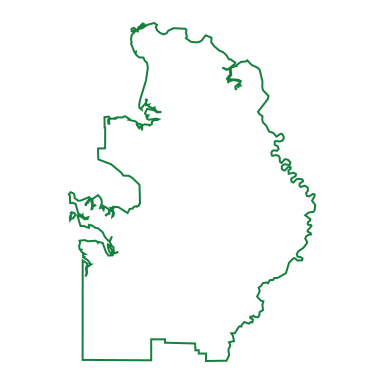 the district of Litchfield, Northern Territory, Australia
{"feature_id": "25037944B87513158470011", "entity_name": "Litchfield", "entity_type": "district", "adm_level": 2, "iso_a3": "AUS", "parent_name": "Australia", "parent_adm1": "Northern Territory", "projection": "mercator", "projection_center": [131.088, -12.502], "detail": "fine", "context": "isolated", "style": "outline", "palette": "green", "viewbox_px": 384, "rotation_deg": 0, "n_neighbors": 0, "source": "geoboundaries", "source_scale": "gbopen_adm2", "svg_char_len": 5930}
<svg xmlns="http://www.w3.org/2000/svg" viewBox="0 0 384 384"><path d="M226.6,360.7L229.1,355.1L228.4,349.8L230.3,345.3L229.0,342.3L234.0,341.1L232.9,335.7L231.3,333.3L234.8,333.2L238.6,327.2L239.4,326.4L241.4,326.5L241.5,325.2L244.3,322.0L249.0,323.7L250.7,322.1L252.4,322.4L252.9,319.5L250.2,318.0L250.3,316.7L252.3,316.8L253.4,315.7L255.3,317.0L258.0,317.3L259.3,315.5L259.6,312.1L263.0,310.0L262.4,304.7L263.4,301.3L260.9,300.7L257.1,296.6L259.7,291.3L258.7,287.5L260.9,286.1L263.0,283.1L266.4,282.5L267.9,283.3L269.9,280.1L273.0,280.0L274.1,278.1L277.7,277.9L285.9,273.2L289.0,262.9L293.1,258.5L294.5,258.1L297.5,260.5L302.2,260.3L302.5,258.3L300.3,257.0L297.6,256.7L296.7,254.1L298.5,251.2L303.3,247.9L306.7,243.6L307.1,241.9L305.2,238.5L306.0,236.6L307.8,235.1L310.9,234.4L310.6,233.1L307.7,231.6L307.6,230.5L311.5,225.9L310.7,224.9L308.3,224.9L307.7,223.9L308.0,222.2L309.9,220.7L310.4,219.2L305.2,215.3L308.7,212.5L313.6,211.8L314.7,209.8L315.2,205.0L312.0,200.7L314.5,196.4L314.6,194.5L313.2,193.9L308.9,196.4L307.0,196.0L306.0,193.0L308.0,190.6L307.7,187.5L304.7,185.7L300.5,187.0L299.5,185.6L299.6,183.6L303.0,181.3L303.1,180.5L301.7,179.1L297.8,178.9L296.1,179.6L293.5,182.5L291.8,182.0L291.1,179.4L291.6,178.2L295.4,176.3L296.1,174.2L293.6,172.7L288.7,173.8L288.4,170.7L290.6,168.8L290.6,167.2L287.7,167.3L285.2,170.3L283.6,170.4L281.8,168.9L281.8,166.3L283.6,164.7L285.4,164.2L289.4,165.3L289.8,164.7L290.3,162.4L288.5,160.2L285.8,159.1L284.5,159.5L281.6,163.0L279.9,161.8L279.7,157.7L278.7,155.9L276.2,155.1L272.2,155.8L271.7,155.2L271.4,152.8L272.2,151.1L274.0,150.3L276.9,150.8L278.6,149.0L277.8,146.4L274.8,144.8L274.7,141.7L275.6,141.0L279.7,141.5L282.1,140.8L283.8,138.4L283.7,136.8L282.1,134.0L280.5,133.8L276.5,136.6L273.3,133.0L269.1,131.5L266.1,125.5L262.8,122.3L262.2,119.2L262.5,116.2L259.4,114.0L258.0,111.8L267.8,99.1L268.5,95.9L263.3,90.6L262.3,87.9L262.4,81.4L260.5,73.3L259.8,70.2L258.0,67.9L251.7,65.0L247.3,60.4L246.2,61.4L241.0,61.9L236.7,65.0L236.8,65.9L231.8,67.4L230.7,69.4L231.3,75.0L228.0,79.1L238.4,79.8L240.8,81.1L239.5,84.0L240.6,85.4L238.7,85.4L238.3,88.1L238.5,84.3L235.7,86.5L235.5,88.0L236.7,89.9L235.4,88.6L235.3,86.6L240.0,82.5L239.9,81.3L233.3,80.1L229.0,81.3L227.9,83.0L228.4,81.3L226.9,78.7L230.2,74.4L229.7,68.5L226.8,69.9L222.2,67.6L227.6,69.5L234.5,64.2L235.3,62.7L230.5,59.3L228.9,59.3L226.4,55.2L223.2,52.2L219.6,50.8L214.2,46.2L211.2,42.2L211.5,37.7L205.7,35.3L201.5,40.7L199.6,41.7L196.6,42.4L191.0,41.8L185.9,38.2L186.9,36.5L185.9,32.6L186.5,30.0L185.4,28.8L173.6,28.2L168.4,30.6L166.5,33.4L163.4,34.4L160.0,32.9L157.2,30.4L155.8,27.2L157.0,24.9L154.2,23.0L147.5,24.8L142.6,28.0L138.2,29.3L137.6,32.3L137.2,30.1L135.6,30.9L131.6,35.2L131.0,39.5L131.7,42.4L131.0,43.4L134.5,52.3L136.0,51.7L135.6,54.2L138.9,57.3L143.4,57.6L144.8,60.8L146.8,62.5L147.4,64.7L147.8,68.0L146.0,80.5L140.3,99.1L139.2,104.6L139.4,107.8L141.6,109.5L141.3,108.3L145.8,103.0L146.6,100.1L145.1,99.5L146.5,99.5L147.0,99.9L146.2,101.8L146.3,105.2L149.0,104.6L148.1,105.8L148.7,106.6L153.0,108.3L154.6,107.5L154.9,109.4L157.1,111.7L161.4,112.0L157.1,112.4L153.9,110.2L147.1,108.9L144.9,113.4L146.7,115.5L148.4,115.3L147.8,116.6L146.5,116.8L147.1,118.7L148.9,119.8L155.8,118.6L158.7,119.3L157.4,120.0L154.1,120.0L151.9,121.8L151.9,124.0L149.5,125.5L148.9,124.8L144.7,124.4L142.8,125.1L137.5,123.3L137.0,124.6L139.5,128.0L141.0,125.6L142.3,126.0L142.1,130.5L141.7,125.9L139.2,128.3L136.7,124.7L136.8,122.5L135.6,121.4L128.7,119.8L129.5,119.1L125.6,116.5L123.9,116.4L122.4,117.5L117.9,117.3L114.1,119.4L115.2,118.0L112.4,118.8L110.6,118.5L109.0,119.9L109.3,123.7L108.4,123.5L108.0,120.1L109.4,117.6L108.7,116.6L104.5,117.1L104.6,127.6L105.2,127.6L105.1,148.3L98.0,148.5L98.3,159.4L111.0,164.2L121.1,172.5L123.2,175.6L129.0,175.8L132.6,178.2L139.5,184.8L140.0,203.6L139.1,204.3L138.9,205.6L136.9,206.7L136.1,206.1L133.5,207.2L132.8,208.5L129.6,209.0L127.6,213.0L118.3,207.1L113.2,206.8L113.5,208.4L112.4,209.2L113.9,213.0L113.5,215.7L112.3,216.7L113.1,212.3L110.3,209.4L109.3,213.8L106.7,214.5L105.5,216.2L106.3,214.4L108.7,213.5L109.2,210.4L107.6,208.4L103.3,205.9L104.0,207.9L103.6,209.9L102.0,207.4L100.1,208.0L101.8,203.2L101.6,200.3L100.3,197.6L98.0,195.2L92.4,199.0L92.8,205.2L93.6,205.8L94.6,204.9L95.2,205.3L92.4,207.1L92.6,208.4L91.3,210.0L92.2,205.4L90.8,198.5L90.0,198.7L88.2,202.6L86.0,204.1L86.0,205.9L85.6,204.8L85.6,204.0L89.7,198.5L89.2,197.1L80.7,200.6L78.2,200.7L74.5,197.9L74.6,195.6L73.7,193.5L70.6,192.2L68.8,194.4L69.8,195.4L70.2,203.1L72.7,202.8L75.6,204.0L78.2,213.3L81.5,215.5L82.5,214.7L82.4,215.9L85.0,218.3L88.2,217.2L87.6,218.9L84.5,219.3L81.9,217.1L77.4,215.4L80.5,226.0L83.4,225.9L88.8,227.9L88.9,225.0L90.2,225.6L91.0,225.0L95.5,227.8L98.2,228.4L102.7,232.3L104.9,236.9L108.4,240.9L109.8,240.7L112.0,236.3L109.7,241.8L112.0,246.2L113.4,247.0L113.8,252.3L115.2,252.9L118.3,251.8L115.0,253.4L113.1,252.9L112.7,255.2L108.4,255.6L105.9,251.9L102.7,243.0L98.2,241.8L97.8,242.7L97.0,241.5L95.2,240.7L87.8,241.3L84.9,240.1L79.5,240.7L80.1,242.7L79.1,246.1L79.7,249.4L81.6,249.7L81.0,250.9L81.7,251.9L84.7,253.9L83.0,253.8L83.3,256.2L84.2,256.7L83.2,257.4L87.2,259.7L89.6,262.3L90.0,264.0L91.3,264.3L86.8,267.3L87.0,273.5L85.4,276.6L86.6,273.2L85.9,268.4L87.6,263.8L82.7,260.5L82.6,359.9L151.2,360.3L151.2,339.3L165.0,339.3L165.0,342.7L195.1,343.5L195.4,350.3L198.7,350.2L198.7,353.5L206.1,353.5L206.0,361.0L226.6,360.7ZM71.5,212.2L70.7,213.0L71.6,214.2L70.3,215.8L71.0,216.3L69.8,217.6L70.1,220.1L71.1,218.6L73.1,218.4L75.0,215.6L74.6,213.1L71.5,212.2ZM111.6,254.6L112.2,250.8L109.6,246.0L108.2,248.1L109.3,251.5L111.6,254.6ZM132.7,31.7L135.3,29.0L133.8,27.8L131.6,28.8L131.7,31.3L132.7,31.7ZM140.6,26.6L144.2,25.0L144.5,24.4L142.8,23.5L140.5,25.6L140.6,26.6ZM107.9,246.0L108.9,245.2L107.9,244.3L107.7,245.1L107.9,246.0ZM111.2,207.9L112.0,208.6L112.5,208.0L111.2,207.9ZM138.4,27.6L139.9,27.0L139.9,26.9L138.7,27.0L138.4,27.6Z" fill="none" stroke="#15803d" stroke-width="2"/></svg>